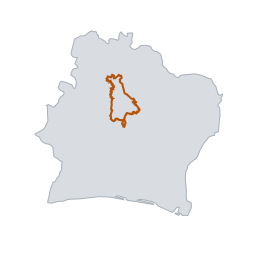 Bere, Worodougou, Ivory Coast shown in context, rotated 15°
{"feature_id": "98640826B43857880322183", "entity_name": "Bere", "entity_type": "district", "adm_level": 2, "iso_a3": "CIV", "parent_name": "Ivory Coast", "parent_adm1": "Worodougou", "projection": "albers", "projection_center": [-6.135, 8.377], "detail": "fine", "context": "in_parent", "style": "outline", "palette": "amber", "viewbox_px": 256, "rotation_deg": 15, "n_neighbors": 0, "source": "geoboundaries", "source_scale": "gbopen_adm2", "svg_char_len": 8332}
<svg xmlns="http://www.w3.org/2000/svg" viewBox="0 0 256 256"><g transform="rotate(15 128 128)"><path d="M58.0,51.3L58.9,51.3L61.1,50.6L63.1,49.2L65.0,46.1L67.5,43.6L70.4,43.8L71.2,43.4L72.2,43.3L73.4,44.9L74.6,46.2L75.5,46.2L76.1,48.5L81.3,49.5L83.5,50.2L85.4,51.9L86.0,52.0L86.8,51.6L87.4,51.0L87.6,50.3L86.8,48.8L87.1,47.4L87.9,46.2L89.3,46.1L91.3,45.7L93.6,45.7L95.3,46.0L96.0,44.7L95.4,41.2L95.6,39.3L95.8,37.7L96.5,37.0L99.0,39.0L101.4,39.8L103.1,39.8L103.6,39.5L102.8,37.2L103.0,36.6L103.7,36.2L104.8,35.9L107.8,35.0L108.1,35.2L108.6,38.7L108.4,39.9L109.0,42.3L109.8,44.5L109.7,45.4L109.1,46.8L108.3,48.0L108.4,48.5L109.6,49.4L111.9,50.3L114.3,50.5L115.6,49.2L117.0,48.1L117.9,47.2L118.2,45.8L119.8,44.8L124.0,43.5L128.0,43.3L129.0,43.7L130.7,45.7L133.0,47.0L136.5,46.8L139.0,47.6L141.1,49.1L142.6,52.4L144.2,54.8L144.9,58.2L147.4,59.9L149.4,60.7L152.1,63.2L154.8,64.5L157.7,64.2L159.0,65.4L161.2,66.3L163.3,66.4L165.2,63.5L167.6,62.4L173.9,60.1L176.3,59.1L178.8,58.4L184.9,58.1L190.5,58.8L193.3,59.3L195.2,58.9L197.0,60.3L198.9,63.1L200.4,64.0L202.0,64.9L203.2,67.2L204.5,69.4L205.3,70.4L207.0,72.5L208.4,72.6L209.8,71.6L210.5,70.9L210.8,72.3L210.2,74.7L210.3,76.1L211.1,76.7L210.7,78.6L209.1,81.7L209.1,83.6L210.7,84.2L211.9,86.2L212.7,89.6L213.4,90.7L213.5,91.4L214.7,99.7L216.3,108.0L215.3,109.1L214.1,109.4L213.2,109.8L213.0,110.6L213.6,111.7L213.2,112.8L211.6,113.5L208.1,116.2L207.9,117.2L207.0,119.5L206.2,120.8L205.1,123.4L203.4,130.1L202.7,135.7L202.6,137.4L201.9,138.6L201.2,140.4L197.4,145.2L195.5,149.1L195.7,150.8L195.8,152.5L195.3,153.7L195.4,157.0L195.9,159.8L196.6,162.5L199.4,170.1L200.9,174.8L201.8,178.5L202.6,181.0L203.4,182.0L203.7,183.0L207.8,183.7L208.6,184.2L209.8,189.1L209.6,191.3L208.8,192.1L208.8,194.0L208.7,196.3L208.1,197.3L205.8,197.4L204.2,198.3L202.2,198.0L201.9,197.4L200.8,197.2L197.8,195.9L198.2,191.6L196.8,191.5L195.7,192.0L193.6,197.1L192.6,198.0L177.3,195.5L174.0,193.4L170.1,192.9L163.1,193.2L157.5,193.9L155.8,195.2L170.2,194.4L171.8,194.5L172.5,195.3L154.3,197.0L147.4,198.0L145.3,197.8L143.8,196.1L136.2,196.0L134.7,196.5L133.7,197.7L136.7,197.4L141.4,197.4L142.6,198.3L128.0,199.5L117.8,201.8L113.5,203.5L99.3,209.1L90.7,211.7L88.4,212.6L84.5,215.4L79.4,217.1L73.7,220.3L70.2,221.0L69.5,219.9L69.4,214.5L68.9,207.3L69.1,204.5L69.6,201.9L69.6,199.7L71.3,198.9L71.8,198.0L72.1,195.2L73.7,192.6L73.7,188.1L74.2,187.2L74.6,186.0L73.9,183.1L73.0,177.5L72.6,177.2L72.2,177.4L71.3,177.5L67.7,175.6L65.0,175.2L63.1,173.6L63.0,171.7L62.0,170.6L61.4,168.5L60.4,166.0L57.8,164.5L55.2,164.1L53.4,164.4L51.3,164.3L48.9,163.5L47.2,162.5L45.6,160.7L44.2,159.3L43.0,159.4L41.6,159.1L40.2,158.4L39.7,157.9L45.6,152.2L47.6,149.4L47.9,147.7L47.9,145.9L48.5,144.2L48.7,141.4L45.5,131.6L44.7,128.5L43.9,127.6L43.3,127.3L45.0,126.0L47.2,126.3L50.7,127.4L51.4,126.4L54.1,121.4L54.0,119.6L53.8,118.3L55.3,114.9L56.5,113.6L57.2,112.2L57.0,110.2L56.1,109.5L54.9,109.6L53.4,109.1L51.2,108.0L50.1,107.0L50.5,102.5L50.7,101.1L51.5,100.3L52.7,100.1L56.1,100.0L58.9,100.5L61.3,100.8L62.6,100.8L63.7,102.2L65.0,103.5L66.3,103.5L66.7,102.5L66.5,98.1L65.6,95.7L63.8,93.4L59.0,91.5L58.9,88.8L59.4,85.8L60.4,84.8L64.0,82.9L63.4,81.9L62.2,80.8L60.0,79.7L60.5,76.2L60.6,73.1L58.7,73.5L56.8,73.6L55.1,72.7L53.7,70.7L53.5,65.5L53.5,59.5L53.3,56.8L53.8,55.4L55.5,54.1L57.4,52.4L58.0,51.3ZM200.2,198.0L199.4,199.2L195.5,198.5L196.4,197.5L200.2,198.0Z" fill="#d9dde1" stroke="#a8b0b8" stroke-width="1"/><path d="M95.1,83.5L95.0,83.9L95.0,84.0L95.1,84.3L94.9,85.0L94.8,85.3L94.9,85.5L95.1,85.6L94.9,85.8L95.2,85.9L95.3,86.0L95.1,86.0L94.8,86.2L94.8,86.4L95.0,86.7L95.1,87.0L95.1,87.3L95.3,87.3L95.4,87.8L95.7,87.8L95.8,87.5L96.0,87.6L96.0,87.4L96.2,87.2L96.6,87.4L96.8,87.2L97.2,87.3L97.3,87.5L97.6,87.6L97.9,87.7L97.9,87.4L98.4,87.1L98.5,87.2L98.5,87.5L98.7,87.2L98.9,87.0L99.0,87.2L99.3,87.4L99.5,87.5L99.4,87.7L99.5,87.9L99.3,87.9L99.3,88.1L99.5,88.2L99.6,88.4L99.7,88.5L99.8,88.6L100.1,88.5L100.3,88.6L100.3,88.9L100.8,88.9L101.3,89.4L101.3,89.6L101.6,89.5L101.7,89.9L101.9,90.1L102.1,90.2L102.0,90.6L101.6,90.4L101.5,90.5L101.8,90.6L101.9,90.8L102.0,90.9L102.1,91.1L102.4,91.3L102.7,91.1L102.8,90.8L102.9,90.7L103.1,90.8L103.3,91.0L103.7,91.4L103.8,91.6L103.5,91.8L103.5,92.0L103.8,92.2L103.8,92.3L103.4,92.6L103.3,92.8L103.4,93.1L103.3,93.4L103.0,93.5L103.3,93.6L103.4,93.8L103.1,93.7L102.8,93.8L102.7,93.5L102.5,94.0L102.4,93.8L102.4,93.7L102.2,93.7L102.1,93.9L102.0,94.0L102.1,94.3L102.5,94.4L102.6,94.5L102.3,94.6L102.1,94.8L101.7,94.8L101.8,94.9L101.8,95.2L102.0,94.9L102.2,95.0L102.3,95.1L102.3,95.4L102.5,95.6L102.6,95.9L102.1,96.1L101.9,96.3L101.7,96.4L101.7,96.7L102.1,96.6L102.4,96.2L102.6,96.2L102.6,96.6L102.9,97.0L102.5,97.3L102.7,97.5L102.3,97.8L102.5,98.1L102.6,97.9L102.9,98.3L102.9,98.8L103.2,99.2L103.0,99.6L102.9,99.6L102.7,99.9L102.5,99.6L102.4,99.5L102.2,99.6L102.2,99.8L102.0,100.0L102.1,100.3L102.8,100.5L103.0,100.7L102.9,101.4L103.3,101.6L103.3,101.9L103.4,102.0L103.4,102.4L103.7,102.3L104.1,102.3L104.8,102.5L105.1,103.2L104.8,103.4L104.8,103.5L105.1,103.6L105.5,103.6L105.3,103.8L105.1,103.9L105.0,104.0L105.4,104.1L105.2,104.6L105.3,105.0L105.3,105.5L105.4,106.0L105.2,106.3L105.4,106.9L105.3,107.2L105.4,107.8L105.7,108.0L106.1,109.1L106.2,109.5L106.4,110.7L106.4,111.3L106.6,112.8L106.6,113.3L106.7,113.8L106.8,114.1L107.1,114.5L107.5,114.4L108.1,115.2L108.3,115.3L108.2,115.6L107.9,116.1L107.9,117.0L108.1,117.7L107.9,118.1L107.9,118.7L107.8,119.0L108.0,119.7L107.8,120.0L107.8,120.5L107.7,120.7L107.6,120.8L107.8,121.0L108.3,121.0L108.5,121.2L108.4,121.5L109.1,122.5L109.0,123.5L109.1,123.8L109.5,123.8L109.7,124.0L109.9,124.1L110.4,124.6L111.3,124.7L111.8,125.0L112.1,125.2L112.3,125.2L113.1,124.6L113.4,124.3L113.4,124.1L113.6,123.9L113.7,123.7L113.4,123.3L113.5,122.9L113.8,123.0L113.8,122.8L114.0,122.6L114.3,121.9L114.7,121.8L115.1,121.9L115.4,122.0L115.9,121.8L116.0,121.8L116.7,122.5L117.0,122.4L117.5,122.4L118.4,122.4L118.7,122.3L118.9,122.4L119.2,122.3L119.4,122.3L119.6,122.2L119.9,121.9L120.0,121.8L120.9,121.8L121.2,122.1L121.2,123.4L121.4,123.8L121.6,124.3L121.3,124.9L121.1,125.1L121.1,125.3L121.3,125.6L122.1,126.4L122.3,126.6L122.6,126.5L122.8,126.7L122.9,127.0L123.0,127.2L123.1,127.4L123.1,127.6L123.2,127.9L124.1,127.8L124.3,127.0L123.9,126.2L123.3,125.8L124.3,125.3L124.2,124.5L124.3,123.3L124.1,123.1L122.9,121.8L122.6,121.2L121.9,120.3L122.0,120.1L122.2,119.8L122.0,119.4L121.9,119.1L122.1,118.3L122.0,117.6L122.1,117.1L122.1,116.9L122.3,116.7L122.5,116.4L122.5,116.2L122.6,115.8L122.4,115.4L122.5,115.2L122.9,114.9L122.9,114.0L123.1,113.8L127.7,113.9L127.9,113.7L128.2,113.6L128.0,113.4L128.4,113.4L128.5,112.8L128.9,112.7L129.0,112.5L128.9,112.2L129.0,112.2L129.3,112.2L129.2,111.7L129.2,111.4L129.0,111.1L129.3,110.9L129.4,111.0L129.5,111.3L130.0,111.3L130.2,111.0L130.4,111.1L130.5,111.4L130.9,111.5L131.1,111.2L131.3,111.2L131.9,111.6L132.0,111.4L132.4,111.6L132.6,111.5L132.6,111.0L132.7,110.6L132.4,110.1L132.5,109.7L133.2,109.7L133.8,109.7L134.0,109.4L133.9,109.1L133.9,108.7L134.0,108.4L134.2,108.2L133.6,107.6L133.3,107.1L133.6,107.0L134.0,107.3L134.4,107.3L134.4,107.2L134.0,106.7L133.6,106.6L133.3,106.5L133.1,106.5L132.9,106.4L132.8,105.9L132.7,105.6L132.1,105.4L131.8,105.2L131.6,104.8L130.8,104.3L130.5,104.3L130.2,104.0L129.8,104.0L129.8,103.9L129.6,103.8L129.6,103.4L129.2,103.5L128.3,103.4L127.9,103.1L127.6,102.7L127.3,102.4L126.7,102.2L125.9,101.8L125.8,101.6L125.9,101.4L126.0,101.3L126.5,101.3L126.5,101.1L126.9,101.1L127.1,101.0L127.7,101.2L127.8,101.4L128.1,101.5L128.4,101.6L128.7,101.4L128.9,101.1L129.1,101.0L129.1,100.9L128.6,100.9L128.3,100.6L127.5,100.3L127.0,99.9L127.1,99.4L126.7,99.1L126.7,98.9L126.2,98.6L126.2,98.8L125.8,98.6L123.7,98.8L118.0,95.7L117.8,95.9L117.2,95.6L116.1,95.5L115.9,95.4L115.4,94.8L115.2,94.3L111.6,88.0L111.4,87.1L108.2,85.5L108.1,84.5L107.5,83.6L107.8,82.8L108.6,81.8L108.9,81.0L108.7,80.6L108.0,79.9L107.8,79.5L107.7,79.6L107.3,79.6L107.2,79.7L106.8,79.5L106.5,79.7L106.3,79.5L106.0,79.3L105.4,79.2L105.4,79.3L105.3,79.6L105.0,79.9L104.5,80.8L103.6,81.7L103.4,82.3L103.2,82.7L103.0,82.8L102.5,83.4L102.2,83.4L101.5,83.6L101.4,83.0L100.9,81.6L100.9,81.1L99.9,80.9L99.7,80.9L99.3,80.7L98.9,80.7L98.8,81.1L98.8,81.3L98.7,81.6L98.7,82.0L98.8,82.1L99.2,82.3L98.8,83.2L98.7,83.4L98.5,83.5L98.0,83.4L97.7,83.6L97.3,83.6L96.4,83.4L95.6,83.6L95.1,83.5Z" fill="none" stroke="#b45309" stroke-width="2"/></g></svg>